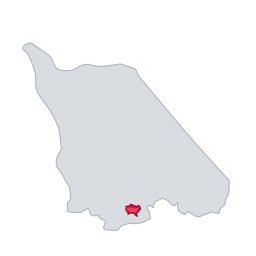 Masyaf, Hamah, Syria shown in context, rotated 261°
{"feature_id": "27442178B31990643139600", "entity_name": "Masyaf", "entity_type": "district", "adm_level": 2, "iso_a3": "SYR", "parent_name": "Syria", "parent_adm1": "Hamah", "projection": "mercator", "projection_center": [36.393, 35.051], "detail": "fine", "context": "in_parent", "style": "filled", "palette": "rose", "viewbox_px": 256, "rotation_deg": 261, "n_neighbors": 0, "source": "geoboundaries", "source_scale": "gbopen_adm2", "svg_char_len": 4467}
<svg xmlns="http://www.w3.org/2000/svg" viewBox="0 0 256 256"><g transform="rotate(261 128 128)"><path d="M32.3,88.3L34.6,88.6L39.4,91.5L40.2,91.4L41.7,87.5L43.1,86.2L46.1,85.1L46.9,78.8L48.3,77.6L50.0,77.0L52.6,76.8L54.8,76.5L54.9,75.4L51.8,68.1L52.1,66.3L53.6,58.9L54.5,56.0L55.5,55.1L59.0,55.5L64.0,56.8L65.3,58.9L67.8,60.8L71.4,60.6L75.6,61.0L78.9,61.1L81.6,59.8L87.5,57.3L90.5,56.5L93.1,55.4L101.7,51.4L105.2,51.7L107.5,52.2L109.3,52.9L113.4,55.6L116.7,58.4L119.1,59.2L123.3,59.2L129.4,59.7L136.9,59.7L141.3,58.9L146.9,57.5L156.8,54.2L169.9,47.3L177.6,44.0L180.9,43.6L185.3,43.5L189.6,44.4L194.5,45.0L196.8,45.0L202.1,44.3L209.0,42.9L213.3,41.7L218.5,39.9L221.8,36.7L222.8,36.4L224.2,37.0L224.8,37.2L226.1,39.0L227.5,43.5L227.5,44.1L227.3,45.4L223.9,49.1L219.2,54.2L215.9,57.4L210.3,62.8L206.1,64.0L199.1,65.9L197.2,67.8L195.4,70.9L194.4,75.0L194.1,77.6L193.9,82.5L195.6,87.5L197.2,92.3L197.4,95.5L197.2,98.6L195.7,101.9L194.0,106.5L193.0,111.7L192.5,121.3L192.5,129.5L192.4,130.8L189.5,136.5L186.1,143.3L184.5,144.8L177.1,146.8L169.0,151.7L160.0,157.2L151.8,162.1L143.2,167.3L134.2,172.7L127.8,176.6L119.3,181.7L111.5,186.6L103.6,191.5L97.6,195.3L88.5,201.2L83.2,204.7L75.3,209.8L68.4,214.3L60.3,219.6L50.0,218.0L46.8,217.1L44.2,214.6L42.2,213.2L37.4,211.9L34.3,207.1L32.4,205.4L29.2,204.6L30.5,201.6L30.8,199.6L32.2,197.1L31.3,195.5L30.9,192.1L30.3,191.2L30.1,190.3L30.5,189.2L30.3,188.1L29.8,187.6L29.5,185.9L29.1,184.6L29.3,183.1L30.0,182.1L30.8,180.1L31.6,179.5L33.0,178.3L33.4,177.1L34.6,175.8L36.2,174.8L36.6,174.0L36.4,173.5L34.7,172.6L33.8,171.0L34.6,168.6L35.2,167.9L36.1,166.8L38.4,165.0L40.1,164.8L41.6,164.8L44.1,164.9L46.1,165.2L46.6,164.8L46.5,164.2L44.1,162.8L44.0,161.6L44.6,160.4L46.3,158.5L48.3,157.1L49.4,156.9L51.7,154.0L53.2,150.9L50.8,143.1L49.3,141.9L46.9,140.8L45.5,140.7L45.4,140.2L47.3,138.2L48.6,136.5L47.2,134.9L44.5,134.1L43.5,135.8L40.1,135.9L34.9,135.9L32.5,127.7L32.2,124.2L32.3,120.1L33.9,114.0L33.1,111.2L33.0,109.3L32.6,106.7L28.5,101.2L30.7,90.8L32.3,88.3Z" fill="#d9dde1" stroke="#a8b0b8" stroke-width="1"/><path d="M49.5,125.2L49.0,125.2L48.9,125.1L48.7,125.0L48.7,124.8L48.7,124.7L48.8,124.5L49.0,124.4L48.9,124.1L48.7,124.0L48.6,123.8L48.5,123.6L48.3,123.6L48.2,123.5L48.1,123.4L48.4,123.3L48.5,123.2L48.7,123.3L48.8,123.3L48.9,123.2L48.9,123.3L48.9,123.2L49.0,123.2L49.1,122.9L49.3,122.8L49.4,122.7L49.6,122.7L49.8,122.7L49.7,122.5L49.7,122.4L49.8,122.3L49.7,122.2L49.8,122.0L50.0,121.9L50.1,121.7L49.8,121.7L49.7,121.7L49.4,121.6L49.3,121.4L49.5,121.3L49.5,121.0L49.3,120.9L49.2,120.8L48.9,120.8L48.8,120.7L49.3,120.5L49.5,120.5L49.8,120.3L50.0,120.4L50.1,120.5L50.3,120.5L50.5,120.4L50.7,120.2L50.8,120.1L51.0,120.0L51.3,120.1L51.5,120.1L51.6,119.8L51.8,119.4L51.7,119.4L51.5,119.2L51.5,118.8L51.4,118.7L51.2,118.5L51.0,118.4L50.9,118.4L51.0,118.3L51.2,118.2L50.9,118.1L50.7,118.0L50.6,117.9L50.5,117.7L50.6,117.4L50.6,117.2L50.3,117.1L50.1,117.1L49.9,117.1L50.0,117.0L50.0,116.9L50.2,116.7L50.3,116.7L50.4,116.8L50.5,116.7L50.7,116.4L50.8,116.3L50.9,116.2L50.9,115.9L50.9,115.7L50.7,115.6L50.6,115.4L50.7,115.1L50.6,114.5L50.5,113.8L49.7,113.9L49.1,114.0L48.8,113.9L48.2,113.2L47.8,113.3L47.5,113.3L46.5,113.7L46.2,113.8L45.6,113.9L45.5,114.0L45.2,114.3L44.8,114.9L44.6,115.2L44.7,115.3L44.1,115.3L43.7,115.0L43.3,114.8L43.3,115.0L43.2,115.0L43.3,115.2L43.3,115.4L43.3,115.5L43.4,115.8L43.4,116.1L43.5,116.4L43.5,116.5L43.6,117.0L43.7,117.4L43.8,117.5L43.7,117.8L43.7,118.0L43.8,118.2L43.7,118.3L43.6,118.6L43.6,119.1L43.5,119.3L43.3,119.3L43.1,119.4L43.0,119.5L43.2,119.8L43.1,120.4L42.9,120.9L42.9,121.0L42.7,121.3L42.4,121.4L41.6,121.4L41.4,121.6L41.1,121.8L40.6,122.0L40.4,122.1L40.2,122.4L40.2,122.7L40.1,122.9L40.0,123.0L39.7,123.1L39.7,123.3L40.0,123.3L40.2,123.2L40.5,123.1L40.8,122.9L41.0,122.8L41.4,122.8L41.6,122.9L41.8,123.0L42.1,123.1L42.3,123.1L42.8,123.1L43.0,123.3L43.2,123.6L43.5,123.8L43.6,124.0L43.7,124.6L43.7,124.8L43.7,125.0L43.6,125.3L43.9,125.3L44.0,125.3L44.6,125.3L44.7,125.6L44.8,125.8L44.8,125.7L44.8,125.8L44.9,126.0L45.0,126.0L45.3,126.2L45.4,126.3L45.3,126.5L45.4,126.4L45.4,126.5L45.4,126.4L45.5,126.4L45.5,126.5L45.8,126.9L45.8,127.0L45.8,127.3L45.9,127.6L46.0,127.6L46.3,127.4L46.5,127.2L46.6,126.9L47.1,127.2L47.1,127.3L47.1,127.6L47.3,127.6L47.5,127.5L47.8,127.4L48.0,127.2L48.3,127.1L48.5,127.0L48.8,127.0L48.9,126.9L49.0,126.9L49.3,126.8L49.4,126.7L49.5,126.7L49.7,126.2L49.5,125.9L49.5,125.7L49.5,125.4L49.5,125.2Z" fill="#f43f5e" stroke="#9f1239" stroke-width="1.5"/></g></svg>